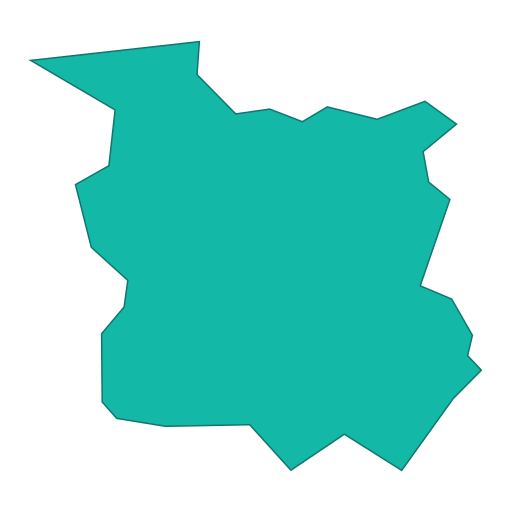 map outline of Newtownabbey (Robinson projection)
{"feature_id": "GBR-2097", "entity_name": "Newtownabbey", "entity_type": "District", "adm_level": 1, "iso_a3": "GBR", "parent_name": "United Kingdom", "parent_adm1": "", "projection": "robinson", "projection_center": [-5.964, 54.723], "detail": "fine", "context": "isolated", "style": "filled", "palette": "teal", "viewbox_px": 512, "rotation_deg": 0, "n_neighbors": 0, "source": "natural_earth", "source_scale": "10m", "svg_char_len": 546}
<svg xmlns="http://www.w3.org/2000/svg" viewBox="0 0 512 512"><path d="M481.3,370.2L453.3,398.4L401.7,470.4L344.3,434.2L290.9,470.2L249.7,424.7L165.4,426.3L116.7,418.4L102.2,402.0L101.6,333.7L124.1,307.0L127.8,280.4L91.3,247.3L75.5,184.6L108.9,165.7L115.1,109.9L30.7,60.4L199.4,41.6L197.0,74.6L235.7,113.9L269.7,109.1L302.4,121.7L327.3,106.9L377.1,119.3L425.0,101.3L456.5,124.1L423.1,151.6L428.7,182.1L449.9,199.5L420.2,285.8L451.7,299.1L472.4,335.3L467.6,355.7L479.7,368.4L481.3,370.2Z" fill="#14b8a6" stroke="#0f766e" stroke-width="1.5"/></svg>